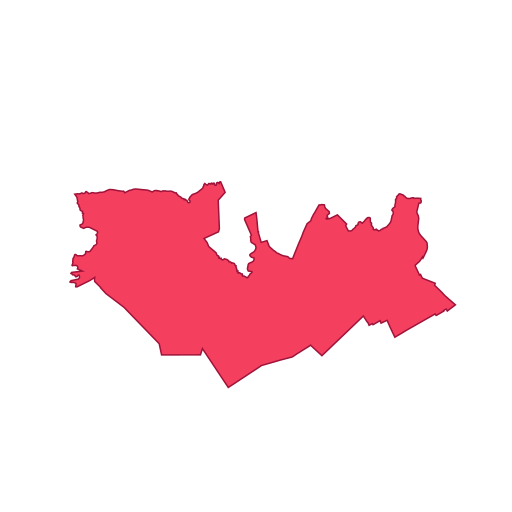 Cuauhtémoc, Zacatecas, Mexico (Natural Earth projection), rotated 56°
{"feature_id": "50627088B81148704477128", "entity_name": "Cuauhtémoc", "entity_type": "district", "adm_level": 2, "iso_a3": "MEX", "parent_name": "Mexico", "parent_adm1": "Zacatecas", "projection": "natural_earth1", "projection_center": [-102.417, 22.46], "detail": "fine", "context": "isolated", "style": "filled", "palette": "rose", "viewbox_px": 512, "rotation_deg": 56, "n_neighbors": 0, "source": "geoboundaries", "source_scale": "gbopen_adm2", "svg_char_len": 6151}
<svg xmlns="http://www.w3.org/2000/svg" viewBox="0 0 512 512"><g transform="rotate(56 256 256)"><path d="M285.2,389.6L306.9,357.3L302.8,352.2L349.5,352.5L349.9,312.6L355.9,294.0L360.0,282.3L360.0,276.1L360.5,261.8L360.3,260.7L375.5,257.1L365.8,200.6L372.7,200.7L373.9,200.5L376.7,201.0L377.1,197.4L378.4,197.4L379.0,189.3L381.6,189.9L382.6,183.3L390.9,184.8L401.0,186.3L401.7,173.0L404.2,139.9L406.0,139.9L406.1,139.6L406.7,131.1L406.1,131.0L406.3,128.0L408.6,128.2L408.0,118.0L394.5,121.6L390.3,122.2L380.2,124.3L378.8,122.7L367.4,130.5L363.3,129.9L363.2,131.1L353.7,129.6L352.7,129.2L351.9,123.4L349.9,118.4L351.1,118.7L350.8,118.1L347.3,112.1L346.0,110.3L344.3,108.8L340.8,106.9L339.0,106.8L331.0,108.0L329.3,108.0L327.3,107.9L324.1,106.7L321.8,105.2L315.8,100.0L313.5,99.0L310.5,98.5L309.3,98.0L303.3,91.5L304.1,89.8L303.7,89.0L302.5,88.1L301.2,87.9L300.4,87.2L298.4,89.7L296.6,92.7L295.8,92.8L295.1,93.9L294.2,96.6L292.9,98.3L291.6,99.0L289.7,99.3L288.8,99.8L288.1,99.7L285.4,101.5L284.6,102.4L284.6,103.0L285.0,103.7L285.1,105.1L285.6,106.0L285.6,106.4L286.7,107.1L287.2,108.7L289.6,110.3L291.5,112.4L292.9,113.3L293.0,115.9L293.5,117.2L294.3,117.8L295.5,117.3L297.9,118.7L298.6,120.5L302.1,124.1L303.2,125.6L304.2,128.3L304.6,130.4L305.0,130.9L304.4,134.4L304.1,135.1L304.5,135.9L303.9,137.2L304.2,138.0L304.2,139.0L303.7,140.4L302.8,140.8L302.4,140.7L302.2,141.2L301.3,141.7L300.9,141.5L300.8,143.0L299.5,143.9L298.7,143.2L298.3,143.1L294.7,143.1L294.4,142.5L293.2,141.8L291.9,142.2L288.7,140.2L288.2,140.1L287.3,140.7L286.5,142.3L286.9,143.2L286.9,144.4L287.7,146.7L288.3,149.6L286.0,150.3L285.7,150.8L285.4,152.1L286.4,153.5L286.9,153.6L287.1,153.9L287.1,154.7L286.7,155.9L286.8,156.4L287.8,157.6L287.9,159.2L288.2,160.0L288.0,160.4L288.5,162.3L288.2,163.4L286.9,165.4L281.1,164.8L280.2,163.0L267.4,165.5L266.3,173.7L264.9,176.7L264.6,176.9L264.1,176.9L264.4,175.4L264.3,175.0L263.9,174.8L263.0,175.0L262.1,174.3L261.8,171.4L260.2,170.5L255.6,171.7L254.0,171.6L251.8,170.7L250.0,172.9L249.6,174.2L248.9,175.2L253.3,184.0L253.6,185.0L254.5,186.4L255.8,188.9L257.4,190.8L257.8,195.6L262.7,203.5L265.4,207.2L269.6,213.8L278.7,227.2L276.7,229.5L274.3,230.0L270.8,233.5L267.8,235.4L266.4,236.0L265.7,236.8L262.8,237.6L261.3,238.3L255.6,239.7L249.4,238.3L247.6,244.1L237.3,240.8L237.4,240.4L237.1,240.3L236.5,240.5L225.2,234.3L220.0,231.7L218.2,244.1L218.5,244.4L219.4,245.1L236.3,248.2L236.7,249.8L239.2,250.9L239.9,251.6L242.0,252.3L246.4,250.4L249.1,251.3L250.3,252.7L251.2,254.7L251.4,255.6L251.2,257.7L251.3,259.9L251.7,260.6L252.1,260.8L253.3,260.8L254.5,260.4L256.6,258.7L258.0,259.8L258.8,261.1L258.7,263.9L258.4,264.3L258.2,266.2L258.7,267.2L261.7,270.2L262.8,270.6L264.1,270.8L265.1,269.9L266.1,268.5L266.8,268.1L267.2,268.3L267.5,269.3L267.5,270.8L268.5,272.7L268.5,273.6L269.1,274.5L269.2,275.1L268.9,275.7L268.4,275.8L265.8,277.2L265.3,278.1L264.8,278.4L263.8,277.6L263.1,277.5L263.0,278.1L260.7,278.9L260.4,279.5L260.4,280.2L260.0,280.4L259.5,280.2L258.6,280.3L258.6,279.5L258.5,279.3L257.7,280.1L256.9,279.5L256.2,279.6L255.2,278.9L254.6,279.0L253.4,278.4L253.1,278.0L252.8,278.1L252.8,278.5L252.1,278.5L250.1,278.2L248.5,279.4L248.3,280.2L247.4,280.2L246.6,280.5L246.2,281.3L245.6,281.7L244.5,281.2L243.9,281.7L242.5,282.1L241.4,283.3L240.8,283.5L240.6,284.6L240.7,285.8L240.0,286.3L239.1,286.4L238.3,286.2L238.1,287.0L237.3,287.9L236.9,287.7L236.5,287.0L235.8,287.6L234.9,287.1L233.4,287.9L230.9,287.3L221.7,289.9L217.5,289.0L212.4,289.3L215.0,273.6L212.9,271.1L188.6,256.1L186.0,246.0L174.7,243.8L174.3,244.6L175.3,246.0L174.1,246.2L173.6,246.6L173.4,247.7L175.0,249.2L174.8,250.0L174.2,250.5L172.6,249.9L172.0,250.1L172.0,250.7L172.3,251.5L171.9,251.9L171.6,251.7L170.9,251.8L170.6,252.8L171.0,253.2L170.8,253.7L169.9,254.1L169.5,254.6L170.1,256.5L169.1,257.3L167.2,258.0L167.7,259.3L168.7,260.2L168.9,260.9L169.8,261.8L170.0,262.4L170.6,268.7L170.3,271.2L169.6,273.6L169.5,274.9L170.4,278.3L171.1,278.9L171.2,279.8L171.9,280.2L173.5,279.9L174.1,280.2L174.5,280.6L174.3,281.9L173.5,282.5L171.4,282.2L170.9,282.4L170.8,282.8L169.5,282.9L169.2,283.1L169.4,283.6L169.1,284.0L168.7,283.7L167.0,284.8L166.7,285.2L165.0,285.4L162.5,286.8L161.2,286.6L160.8,287.0L159.0,286.8L158.5,287.7L155.3,289.6L154.4,290.6L152.6,293.5L151.3,294.8L149.9,296.9L149.6,298.6L148.3,299.6L147.5,300.3L147.1,301.1L146.7,301.2L145.7,302.3L145.0,303.8L144.9,306.2L140.9,308.9L133.2,318.2L132.1,320.3L131.5,323.0L130.9,323.8L130.1,329.5L128.3,329.4L127.8,330.3L125.0,333.5L121.1,337.4L118.9,340.3L118.1,344.2L118.0,345.7L117.2,347.9L115.8,349.9L115.0,352.3L113.8,354.3L111.8,356.4L111.4,358.2L110.7,359.8L110.3,360.0L109.5,359.9L107.6,360.8L107.5,361.3L108.2,362.4L107.6,364.4L106.3,365.1L106.1,366.7L105.7,367.6L105.4,368.3L104.6,369.1L103.4,371.7L106.9,371.6L107.6,371.8L111.5,373.5L111.9,374.4L112.5,374.7L114.2,374.3L115.1,374.5L115.6,375.0L118.2,375.3L119.2,376.0L120.1,376.0L122.1,374.9L123.4,376.0L124.3,375.3L125.0,376.1L125.3,376.8L126.0,376.9L127.3,377.8L129.2,378.6L130.3,379.3L131.0,380.3L131.7,380.6L132.3,382.3L131.9,384.6L132.7,385.1L133.2,385.2L134.4,385.0L135.8,383.9L136.5,383.7L136.8,383.2L137.1,380.9L138.2,379.1L139.2,378.0L146.5,373.9L147.7,374.0L149.1,375.7L149.0,376.8L150.6,376.7L151.8,377.3L152.8,378.0L154.3,379.8L156.6,380.8L157.2,382.3L156.9,384.8L157.7,386.2L159.4,391.3L158.6,392.9L157.1,394.2L157.1,394.7L158.8,396.0L159.1,398.6L158.6,400.2L157.4,401.6L156.3,403.5L155.8,404.0L154.0,404.6L153.6,405.1L153.6,405.7L154.7,406.9L155.8,409.1L157.9,410.9L159.4,411.7L160.7,413.6L161.1,413.8L161.4,413.7L161.9,412.4L163.1,410.6L164.0,409.8L165.2,409.9L166.3,410.4L166.8,411.3L171.4,408.4L166.5,418.0L166.6,418.5L167.0,419.2L168.2,418.5L169.0,418.6L169.8,417.6L170.4,417.2L171.2,417.0L171.9,417.2L172.6,417.0L172.9,415.7L172.5,414.3L172.7,413.7L173.1,413.3L174.8,414.1L175.4,414.7L175.8,416.2L173.0,423.1L173.4,424.7L173.7,424.8L175.0,423.5L175.7,422.2L176.6,421.4L177.7,420.8L178.3,420.8L179.1,421.2L180.0,422.2L180.7,422.7L181.5,421.7L183.4,407.7L183.6,401.7L184.9,402.9L187.0,404.0L194.9,402.4L195.7,402.4L195.7,402.6L203.4,401.4L224.5,394.2L274.6,385.3L285.2,389.6Z" fill="#f43f5e" stroke="#9f1239" stroke-width="1.5"/></g></svg>